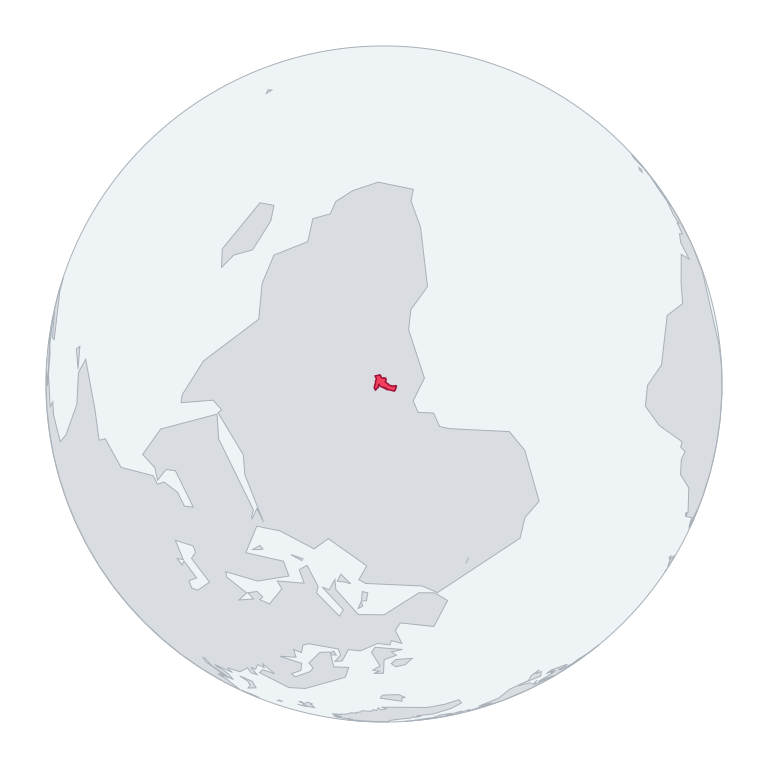 Sangha on an orthographic globe, rotated 193°
{"feature_id": "COG-2880", "entity_name": "Sangha", "entity_type": "Region", "adm_level": 1, "iso_a3": "COG", "parent_name": "Republic of the Congo", "parent_adm1": "", "projection": "orthographic", "projection_center": [15.265, 1.384], "detail": "fine", "context": "on_globe", "style": "filled", "palette": "rose", "viewbox_px": 768, "rotation_deg": 193, "n_neighbors": 0, "source": "natural_earth", "source_scale": "10m", "svg_char_len": 9865}
<svg xmlns="http://www.w3.org/2000/svg" viewBox="0 0 768 768"><g transform="rotate(193 384 384)"><circle cx="384" cy="384" r="338" fill="#eef3f6" stroke="#a8b0b8"/><path d="M197.1,102.5L197.8,102.0L199.7,100.8L227.3,84.6L227.7,84.6L221.1,88.7L210.5,95.0L207.4,97.4L219.4,91.2L201.5,103.8L192.9,114.8L188.0,118.9L175.0,125.6L170.1,125.1L153.2,138.0L166.5,129.0L154.0,141.0L152.9,143.2L155.0,142.8L160.6,138.3L156.9,142.8L142.3,152.2L145.5,148.2L150.1,144.9L147.7,145.3L137.9,153.6L132.3,160.1L123.3,169.0L119.2,174.1L115.7,178.6L133.6,157.1L153.2,137.2L174.4,118.9L197.1,102.5ZM52.2,319.7L52.4,319.0L54.5,311.7L50.8,331.2L54.8,313.5L54.0,323.0L60.3,323.0L58.9,327.4L63.6,351.3L74.7,362.5L77.3,377.2L75.4,386.0L80.6,389.0L80.7,394.9L106.7,405.6L124.4,421.3L126.9,442.0L117.9,465.0L123.5,514.4L111.1,529.5L117.2,549.2L123.6,577.2L114.8,574.4L126.9,588.9L129.9,597.0L126.9,597.2L134.6,607.0L132.8,606.9L139.9,613.7L149.4,625.9L161.1,636.4L171.1,646.0L178.9,652.0L178.2,651.7L180.6,653.8L185.0,657.0L181.3,654.4L159.3,636.4L138.8,616.6L134.5,611.9L136.0,613.5L117.0,591.2L114.7,588.2L99.2,565.5L67.0,498.8L62.0,485.3L58.6,475.2L52.5,449.8L48.4,423.9L46.4,397.9L46.3,371.7L48.3,345.6L52.2,319.7ZM68.1,264.1L67.1,267.0L66.8,267.5L68.1,264.1ZM288.0,60.0L284.3,61.2L288.0,60.0ZM296.7,57.6L296.4,57.6L296.5,57.6L296.7,57.6ZM183.0,655.7L186.1,657.9L180.1,653.0L191.5,660.5L194.4,663.3L184.0,656.4L183.0,655.7ZM181.1,650.8L180.2,648.3L183.0,650.0L184.3,652.3L181.1,650.8ZM473.8,58.2L475.9,58.8L498.7,66.1L521.1,75.1L542.7,85.7L563.6,97.8L583.5,111.3L602.5,126.2L620.3,142.4L636.9,159.9L652.2,178.5L666.2,198.1L678.7,218.7L689.8,240.1L699.2,262.3L707.1,285.1L713.3,308.3L717.9,332.0L718.1,333.5L716.9,325.8L711.4,306.4L715.7,330.6L720.1,351.8L721.8,376.5L720.8,368.3L718.4,346.7L716.4,339.2L713.1,317.9L704.1,286.7L702.7,292.2L699.2,279.9L686.5,255.1L682.5,262.6L678.7,294.8L684.3,326.7L680.2,340.9L660.3,295.1L649.0,265.1L643.3,268.0L621.5,243.6L588.2,242.7L582.2,235.3L576.2,239.0L560.7,231.9L551.0,220.1L542.2,221.2L567.7,252.5L577.0,251.8L583.0,239.3L588.5,250.9L603.3,261.1L591.5,289.9L539.9,317.1L532.8,293.4L482.9,231.9L483.2,225.1L482.9,224.3L482.2,223.0L479.8,234.1L470.5,222.6L499.3,264.5L505.1,283.3L539.2,318.6L536.5,322.4L546.9,329.8L577.5,320.1L578.2,328.1L565.0,366.0L520.6,419.0L525.4,454.4L520.3,484.8L490.3,505.6L490.5,529.1L474.6,537.7L472.0,551.0L457.8,565.5L435.2,579.3L399.2,580.3L398.8,568.3L383.7,545.1L363.5,488.7L374.6,462.4L372.2,442.4L345.9,398.7L351.8,374.0L344.3,364.0L329.2,366.9L320.3,355.1L310.9,355.1L251.1,365.8L231.8,350.9L206.5,304.7L216.6,285.6L216.7,264.5L284.9,192.8L301.2,195.8L357.1,185.5L364.4,187.7L359.9,202.9L403.5,220.8L415.0,207.6L452.4,217.5L476.0,216.8L480.7,188.5L442.1,188.7L433.4,175.5L462.6,163.6L496.0,165.5L493.7,160.5L470.9,149.5L476.7,140.9L462.7,145.2L469.7,150.0L461.1,153.3L454.2,149.2L456.6,146.0L446.0,144.0L437.5,161.3L443.7,168.1L417.0,171.9L424.8,184.0L418.2,190.0L402.6,171.9L402.8,165.3L375.3,147.8L372.7,154.8L398.5,172.3L391.2,171.1L387.9,182.5L384.7,172.9L357.2,153.6L332.0,159.1L302.9,188.5L287.6,191.9L273.3,187.3L280.9,158.9L314.4,154.9L317.5,146.4L308.2,135.3L319.2,135.6L319.5,131.1L331.9,129.8L346.8,118.7L359.0,117.2L362.5,104.7L369.3,102.7L365.3,110.3L369.0,115.5L399.1,114.0L404.2,111.3L404.0,103.7L412.3,105.0L408.3,98.0L424.4,95.3L401.4,93.3L400.6,86.2L409.0,80.9L404.6,78.7L391.0,87.4L389.2,91.5L394.4,95.3L386.0,108.1L376.2,110.7L369.3,97.1L354.6,99.9L355.7,89.6L392.0,69.7L408.3,66.8L440.4,74.8L438.0,78.4L425.2,77.0L439.2,84.1L437.0,80.7L443.9,82.2L444.9,77.2L449.8,78.1L442.3,72.2L448.5,72.8L453.1,76.6L459.8,71.2L471.9,72.3L471.1,70.8L466.7,68.8L485.0,72.4L483.6,71.2L477.0,69.4L469.9,66.2L464.4,62.2L471.1,63.7L473.9,65.2L489.9,71.5L496.5,76.5L498.7,76.8L494.5,72.9L475.0,65.1L469.8,62.5L479.6,65.6L475.6,64.2L475.1,63.4L480.9,64.2L470.4,60.8L456.0,54.0L462.3,55.3L473.8,58.2ZM263.9,227.6L262.6,233.7L262.6,233.8L263.9,227.6ZM533.5,183.3L552.1,184.8L540.1,167.8L546.2,167.3L539.9,162.2L539.1,166.6L523.0,152.9L529.7,148.6L525.6,141.9L519.1,141.2L509.4,151.7L532.4,170.8L529.7,177.5L533.5,183.3ZM60.6,322.7L60.9,326.6L59.6,326.6L60.6,322.7ZM66.4,277.7L67.1,279.6L65.3,280.9L66.4,277.7ZM66.4,269.1L65.8,277.0L62.4,282.3L63.3,277.7L64.1,276.2L66.4,269.1ZM154.9,140.4L155.9,139.8L156.9,140.4L154.1,142.3L154.9,140.4ZM175.0,132.9L168.4,140.4L171.2,135.9L166.1,139.2L165.5,134.8L185.5,120.8L176.5,127.5L175.0,132.9ZM170.3,126.3L168.4,129.8L169.7,126.6L170.3,126.3ZM309.0,111.1L314.0,113.2L310.4,118.2L294.9,123.0L300.0,115.5L309.0,111.1ZM321.9,115.3L319.4,102.1L328.9,99.6L324.0,103.0L330.5,102.7L324.4,108.4L335.9,119.9L333.5,125.4L306.3,129.5L316.5,124.7L311.0,122.5L321.9,115.3ZM296.0,82.2L295.1,78.9L317.0,77.1L315.4,80.5L299.8,84.7L292.6,83.3L296.0,82.2ZM254.4,72.0L252.6,72.7L255.3,71.6L259.0,70.1L254.4,72.0ZM240.1,78.3L243.6,76.8L253.6,72.5L257.8,70.7L268.9,66.3L282.4,61.7L283.9,61.2L265.0,68.6L262.0,69.5L254.6,74.1L243.7,78.5L248.9,75.1L235.0,82.6L235.3,81.4L226.8,86.5L239.5,78.6L239.3,78.6L240.1,78.3ZM358.8,49.7L350.4,50.1L360.4,51.2L350.7,52.3L352.5,52.4L346.2,54.0L341.7,56.4L337.0,56.8L337.3,57.7L333.2,59.1L332.0,60.6L323.1,62.2L321.0,64.4L318.0,64.0L316.6,67.4L313.7,65.7L308.1,68.2L313.9,68.5L268.9,78.6L252.4,85.8L240.1,93.3L236.7,90.7L245.9,82.8L261.5,73.7L277.9,67.8L273.4,68.3L279.9,65.9L280.8,66.5L283.4,64.2L289.0,62.5L302.8,57.5L303.1,56.3L308.2,54.9L310.9,54.6L314.0,53.5L322.6,52.2L326.4,51.4L338.6,49.7L341.6,50.3L345.7,49.5L355.2,48.8L358.8,49.7ZM340.6,48.9L344.2,48.6L341.7,49.2L321.4,52.0L316.8,52.9L304.1,55.7L328.4,50.7L328.5,50.7L330.1,50.4L340.6,48.9ZM371.5,181.8L376.9,182.3L385.2,181.4L383.2,189.0L371.5,181.8ZM352.4,168.7L357.2,167.5L358.5,176.9L352.8,176.9L352.4,168.7ZM358.7,159.5L357.3,166.8L354.7,162.8L358.7,159.5ZM369.5,109.2L374.5,108.1L375.4,109.8L373.2,112.6L369.5,109.2ZM386.5,57.0L382.1,56.1L383.3,55.6L378.9,53.1L385.8,52.7L391.1,54.0L386.5,57.0ZM474.8,193.3L468.7,198.7L464.8,196.1L467.7,194.7L474.8,193.3ZM424.3,193.4L436.3,196.8L423.6,195.5L424.3,193.4ZM393.2,56.0L390.6,54.9L395.7,55.4L393.2,56.0ZM390.5,52.3L396.3,52.6L386.1,52.4L390.5,52.3ZM563.9,640.7L563.0,644.7L559.4,645.1L563.9,640.7ZM572.0,479.2L545.6,532.7L531.4,533.2L531.0,517.5L542.2,485.2L559.4,475.8L568.5,461.1L572.0,479.2ZM720.4,415.7L720.7,401.1L715.3,353.1L717.4,354.2L721.8,383.6L721.7,388.5L721.7,397.4L720.4,415.7ZM685.5,329.8L691.6,349.1L688.8,352.3L685.5,329.8ZM448.1,57.1L446.6,60.4L450.0,63.9L459.0,67.1L445.6,64.7L440.3,59.2L448.1,57.1ZM454.3,53.8L446.4,52.1L450.1,52.7L452.5,53.2L454.3,53.8ZM449.3,52.9L439.0,51.3L434.7,50.3L443.7,51.7L449.3,52.9ZM416.3,51.7L415.3,52.5L411.3,51.9L416.3,51.7Z" fill="#d9dde1" stroke="#a8b0b8" stroke-width="1"/><path d="M371.6,383.1L371.5,382.9L371.4,382.8L371.5,382.6L371.5,382.2L371.6,381.9L371.7,381.7L371.8,381.4L371.8,381.2L371.7,381.2L371.6,380.9L371.8,380.7L371.9,380.4L372.0,380.4L372.1,380.2L372.3,380.1L372.4,379.8L372.4,379.4L378.1,379.5L378.4,379.4L378.8,379.4L378.9,379.5L379.0,379.6L379.3,379.5L379.7,379.4L379.8,379.4L379.8,379.2L380.0,379.2L380.2,379.4L380.3,379.5L380.5,379.6L380.8,379.8L380.7,379.6L380.8,379.6L381.0,379.7L380.9,379.8L381.0,379.8L381.0,380.0L381.4,379.9L381.5,379.9L381.6,379.7L381.7,379.8L381.8,379.9L381.9,380.0L381.8,380.3L382.0,380.3L382.3,380.2L382.6,380.4L382.8,380.4L382.9,380.5L383.0,380.5L383.1,380.4L383.3,380.3L383.3,380.1L383.5,380.2L383.8,380.2L383.9,380.3L384.1,380.4L384.2,380.5L384.3,380.8L384.5,380.8L384.7,380.7L385.0,380.5L385.3,380.5L385.5,380.6L386.0,380.7L386.6,380.8L386.8,380.9L387.2,381.2L387.4,381.3L387.5,381.4L387.7,381.5L387.8,381.6L388.0,381.7L388.3,381.7L388.5,381.8L388.5,382.0L388.7,382.4L389.0,382.0L389.3,382.0L389.3,381.9L389.1,381.3L388.9,380.8L388.8,380.6L388.7,380.5L388.7,380.3L388.7,380.2L388.8,380.1L388.8,379.9L388.9,379.7L388.9,379.4L388.9,379.2L389.0,379.2L389.3,379.3L389.5,379.1L390.8,376.1L391.1,376.2L391.2,376.3L391.2,376.5L391.2,376.8L391.4,376.9L391.6,377.1L391.6,377.4L391.9,377.4L392.0,377.3L392.3,377.5L392.7,378.1L392.7,378.4L392.7,378.6L392.7,378.9L392.7,379.2L392.7,379.4L392.8,379.5L392.7,379.7L392.6,379.8L392.6,380.0L392.6,380.4L392.7,380.6L392.7,380.8L392.7,381.0L392.8,381.3L392.8,381.5L392.6,382.2L392.5,382.3L392.6,382.6L392.6,383.1L392.5,383.4L392.5,383.5L392.5,383.8L392.7,384.3L392.8,384.5L393.0,385.1L393.0,385.3L392.9,385.5L392.9,385.8L392.6,386.1L392.4,386.3L392.4,386.9L392.5,387.1L392.6,387.3L394.5,389.8L390.3,391.9L390.3,391.7L390.1,391.8L390.0,391.7L389.9,391.6L389.7,391.5L389.4,391.5L389.2,391.5L389.1,391.4L389.1,391.2L388.9,391.0L389.0,390.6L388.8,390.4L388.7,390.3L388.6,390.2L388.4,390.1L388.2,390.1L388.1,389.9L387.8,389.7L387.7,389.6L387.4,389.5L387.1,389.5L386.9,389.5L386.8,389.4L386.7,389.4L386.5,389.5L386.3,389.5L386.1,389.6L385.9,389.6L385.8,389.8L385.7,390.0L385.4,390.0L385.2,390.0L385.1,389.9L384.8,389.9L384.7,389.9L384.4,389.9L384.2,389.9L384.1,389.7L384.0,389.8L384.0,389.7L383.7,389.5L383.6,389.4L383.4,389.3L383.4,389.2L383.0,389.1L382.9,388.8L382.9,388.7L383.0,388.6L383.0,388.2L382.9,388.1L382.9,387.7L383.0,387.4L382.9,387.1L382.8,386.9L383.0,386.8L383.0,386.7L383.3,386.6L383.3,386.4L383.2,386.2L382.9,386.0L382.6,386.0L382.4,386.0L382.1,385.9L381.9,385.8L381.5,385.6L381.4,385.4L381.2,385.2L380.6,385.2L380.0,385.0L379.9,384.9L379.7,384.8L379.7,384.7L379.6,384.3L379.6,384.2L379.2,384.0L378.9,384.0L378.7,384.0L378.4,384.0L378.1,384.1L377.9,384.1L377.6,384.0L377.4,384.0L377.3,383.9L377.2,384.0L376.8,384.0L376.7,384.0L376.7,383.9L376.4,383.8L375.3,383.7L375.2,383.7L375.2,383.9L375.1,384.0L374.9,384.0L374.7,384.1L374.4,384.2L374.3,384.3L374.1,384.4L373.9,384.5L373.7,384.6L373.3,384.6L373.1,384.5L372.9,384.5L372.7,384.6L372.4,384.9L372.2,384.9L372.1,385.0L371.9,384.9L371.8,385.0L371.7,384.9L371.5,384.7L371.8,384.5L372.0,384.4L372.1,384.2L372.1,383.8L372.1,383.7L371.9,383.4L371.7,383.3L371.8,383.2L371.7,383.1L371.6,383.1Z" fill="#f43f5e" stroke="#9f1239" stroke-width="1.5"/></g></svg>